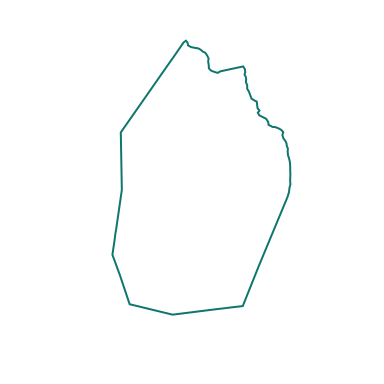 Barra do Choça, Bahia, Brazil (orthographic projection), rotated 140°
{"feature_id": "56859067B94003619672577", "entity_name": "Barra do Choça", "entity_type": "district", "adm_level": 2, "iso_a3": "BRA", "parent_name": "Brazil", "parent_adm1": "Bahia", "projection": "orthographic", "projection_center": [-40.669, -14.915], "detail": "fine", "context": "isolated", "style": "outline", "palette": "teal", "viewbox_px": 384, "rotation_deg": 140, "n_neighbors": 0, "source": "geoboundaries", "source_scale": "gbopen_adm2", "svg_char_len": 1149}
<svg xmlns="http://www.w3.org/2000/svg" viewBox="0 0 384 384"><g transform="rotate(140 192 192)"><path d="M311.9,146.1L285.7,110.5L274.1,103.0L248.7,86.6L226.4,72.0L188.9,92.1L122.4,126.6L120.6,127.7L117.6,129.7L114.7,132.5L111.6,134.7L109.7,137.4L107.0,140.4L105.1,142.5L103.3,144.9L101.6,146.9L99.9,149.1L98.2,151.4L96.9,153.6L95.7,156.2L94.8,158.5L92.7,161.5L90.5,163.8L89.9,166.2L88.5,168.2L87.7,170.8L87.5,174.3L86.2,177.5L83.6,179.2L83.7,182.3L84.8,185.1L86.5,188.2L88.5,190.1L89.3,192.2L90.2,194.2L88.7,196.5L88.1,200.4L89.9,204.5L91.2,207.7L90.5,210.5L88.0,211.0L87.9,214.1L86.1,216.9L84.3,219.6L85.3,221.9L86.4,225.4L85.0,229.1L83.8,232.6L83.4,235.6L81.1,238.3L80.1,241.5L78.0,243.6L76.8,245.6L76.3,248.2L74.3,249.5L72.6,251.8L72.1,255.3L92.7,266.2L95.8,266.8L97.6,269.5L99.4,272.8L99.6,275.8L97.7,278.3L95.8,281.5L93.5,283.6L92.7,286.5L92.3,290.0L93.4,292.6L93.9,295.4L94.9,298.0L97.4,300.9L99.5,303.5L100.8,306.8L99.3,309.5L99.4,311.8L102.2,312.0L120.3,307.0L123.2,306.3L208.3,283.4L210.6,280.5L244.4,238.7L273.5,212.7L277.4,209.4L282.7,204.5L293.3,195.1L300.7,174.6L311.9,146.1Z" fill="none" stroke="#0f766e" stroke-width="2"/></g></svg>